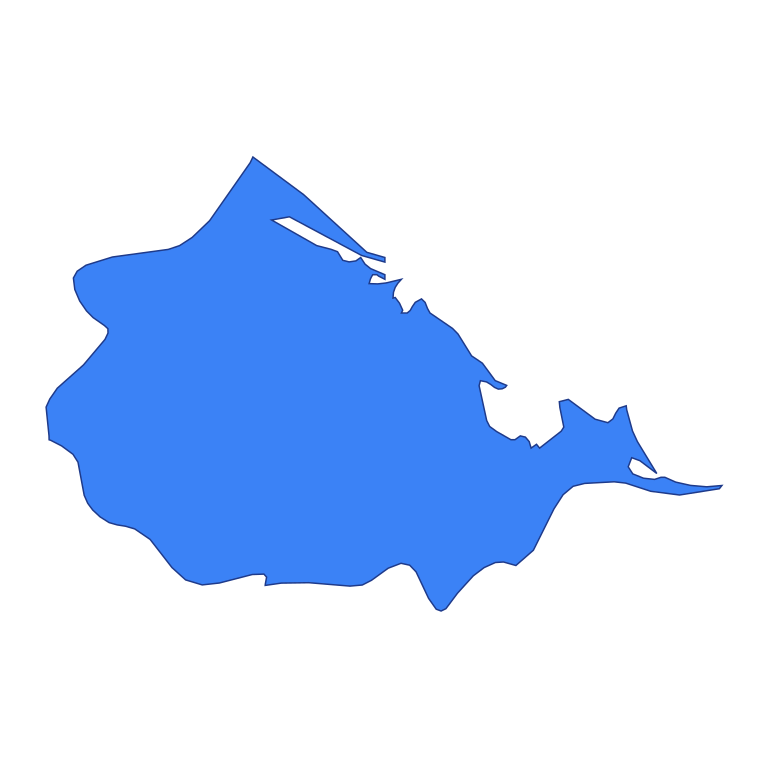 Thừa Thiên - Huế, Albers equal-area conic projection
{"feature_id": "VNM-490", "entity_name": "Thừa Thiên - Huế", "entity_type": "Province", "adm_level": 1, "iso_a3": "VNM", "parent_name": "Vietnam", "parent_adm1": "", "projection": "albers", "projection_center": [107.633, 16.382], "detail": "fine", "context": "isolated", "style": "filled", "palette": "blue", "viewbox_px": 768, "rotation_deg": 0, "n_neighbors": 0, "source": "natural_earth", "source_scale": "10m", "svg_char_len": 2197}
<svg xmlns="http://www.w3.org/2000/svg" viewBox="0 0 768 768"><path d="M89.2,505.3L87.7,503.2L84.2,495.3L78.0,462.2L73.0,454.3L61.6,445.9L50.7,440.3L49.1,439.8L49.1,439.7L49.0,435.7L46.1,407.1L49.8,399.0L57.3,388.2L83.5,364.9L105.0,339.4L108.0,333.1L107.9,328.7L104.4,325.5L93.1,317.6L86.5,310.9L79.7,301.0L74.8,289.5L73.4,278.0L77.2,271.2L86.0,265.2L112.4,257.0L168.3,249.4L179.6,245.6L192.2,237.4L209.6,220.7L250.2,162.7L252.9,157.0L303.7,194.7L366.8,252.3L384.9,257.5L384.9,262.1L361.7,255.5L289.4,216.8L271.6,220.0L316.7,245.6L331.0,249.3L337.5,251.7L342.8,260.3L349.1,261.9L355.9,260.9L360.7,257.5L365.0,264.1L370.6,268.6L384.9,274.7L384.9,279.3L378.6,276.1L376.9,274.7L372.7,274.7L371.5,276.8L370.5,278.8L369.1,283.6L377.7,283.9L385.8,283.0L401.4,279.3L397.8,283.3L395.2,287.4L393.5,292.2L393.0,298.1L395.2,297.5L399.5,303.2L402.7,310.2L401.4,313.0L407.2,313.0L410.2,310.5L412.4,306.5L415.3,302.3L421.5,298.9L425.1,302.4L427.5,308.5L430.0,313.0L452.5,328.4L458.0,334.0L471.6,355.9L482.4,363.2L495.2,380.6L506.7,385.4L505.4,387.2L502.2,388.8L498.3,389.1L494.5,387.4L490.8,384.5L486.5,381.9L480.4,380.7L479.1,385.7L486.7,420.6L489.7,426.5L496.7,431.6L510.9,439.7L515.0,439.7L520.3,435.9L525.4,437.1L529.2,441.6L531.1,448.1L536.5,444.3L539.6,448.1L561.2,431.2L563.8,427.1L559.9,407.7L559.3,401.7L568.3,399.4L595.1,419.2L607.9,422.7L612.9,418.9L615.7,413.2L619.1,408.1L626.2,405.8L626.7,409.8L632.5,431.0L637.4,441.6L656.8,473.5L639.9,460.7L631.7,457.7L628.2,466.8L632.8,473.9L643.5,478.2L654.6,479.4L660.9,477.3L664.9,477.3L675.7,482.1L690.5,485.4L706.7,486.8L721.9,485.5L719.4,488.7L718.9,488.8L679.5,495.0L650.8,491.3L625.7,483.1L614.1,481.8L584.7,483.4L573.1,486.3L563.1,494.7L554.0,508.8L533.4,550.2L515.9,565.5L503.5,562.0L495.4,562.5L484.1,567.6L473.3,575.8L457.5,593.2L445.9,608.7L441.1,611.0L436.2,609.2L428.6,598.4L416.1,571.9L409.7,565.2L401.0,563.3L388.2,568.2L371.5,580.3L362.3,585.0L350.0,586.1L308.8,582.7L281.3,583.1L265.2,585.4L265.3,584.2L266.6,577.1L263.9,574.1L252.3,574.5L219.4,583.0L202.2,584.9L185.6,579.9L172.0,567.6L150.1,539.4L134.7,528.9L125.4,526.2L117.2,524.9L109.1,522.6L100.1,516.9L92.8,510.1L89.2,505.3Z" fill="#3b82f6" stroke="#1e3a8a" stroke-width="1.5"/></svg>